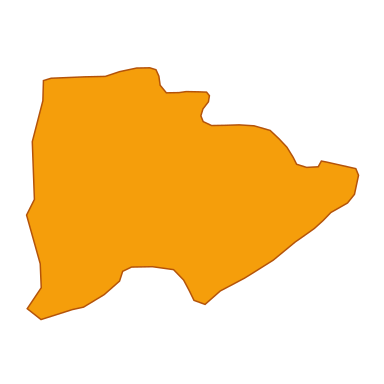 SVG path tracing the border of Lipkovo, rotated 269°
{"feature_id": "MKD-2920", "entity_name": "Lipkovo", "entity_type": "Statistical Region", "adm_level": 1, "iso_a3": "MKD", "parent_name": "North Macedonia", "parent_adm1": "", "projection": "albers", "projection_center": [21.587, 42.142], "detail": "fine", "context": "isolated", "style": "filled", "palette": "amber", "viewbox_px": 384, "rotation_deg": 269, "n_neighbors": 0, "source": "natural_earth", "source_scale": "10m", "svg_char_len": 961}
<svg xmlns="http://www.w3.org/2000/svg" viewBox="0 0 384 384"><g transform="rotate(269 192 192)"><path d="M78.2,25.2L98.9,39.6L122.9,39.0L171.8,26.2L174.5,27.6L187.3,34.3L245.1,33.2L285.9,44.5L306.0,45.4L308.2,53.1L309.0,86.2L309.1,107.4L313.6,121.7L316.9,138.8L316.9,152.0L314.9,158.1L308.4,160.9L299.3,162.0L291.6,168.1L291.6,180.7L292.5,187.9L292.0,201.1L291.6,208.3L288.0,211.1L281.9,210.0L274.9,204.4L268.0,202.2L262.2,204.4L258.1,212.7L258.1,226.5L258.3,240.3L257.1,255.2L252.2,271.2L243.6,280.0L235.1,287.7L224.8,293.8L217.9,297.1L214.6,307.0L215.0,318.6L220.7,321.9L219.6,327.0L212.5,356.2L205.8,358.8L186.8,354.4L178.3,347.3L169.1,330.5L161.2,322.6L153.4,313.7L147.3,304.8L140.2,294.3L122.5,272.1L112.3,255.3L104.9,242.9L92.6,218.6L79.4,203.1L83.6,192.1L93.3,187.6L104.1,182.1L114.7,172.2L118.0,151.2L118.0,130.2L113.9,121.3L104.2,118.0L91.0,102.5L78.8,81.6L76.5,70.2L67.1,38.8L78.2,25.2Z" fill="#f59e0b" stroke="#b45309" stroke-width="1.5"/></g></svg>